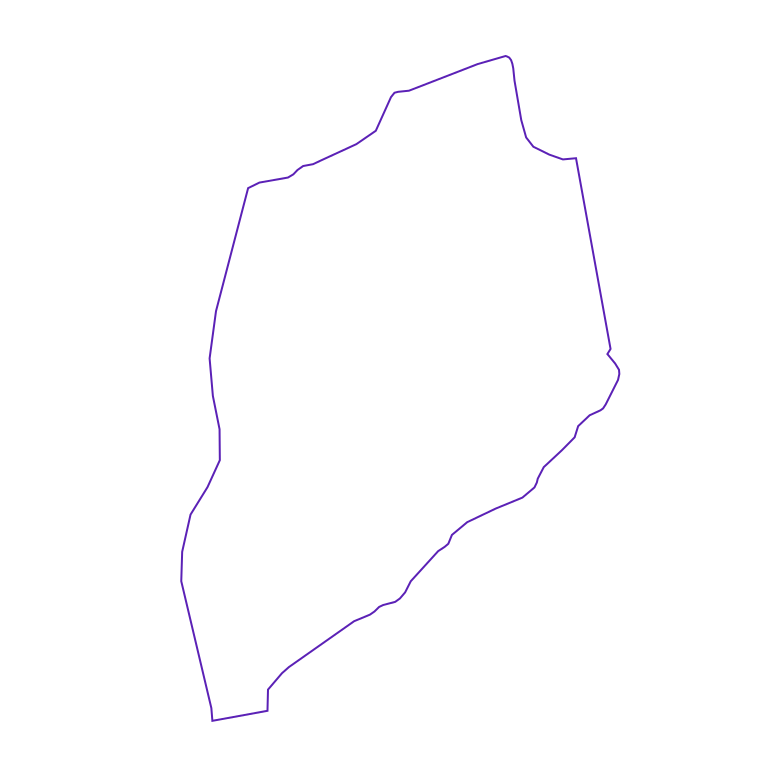 SVG path tracing the border of Zou, rotated 260°
{"feature_id": "BEN-2178", "entity_name": "Zou", "entity_type": "Department", "adm_level": 1, "iso_a3": "BEN", "parent_name": "Benin", "parent_adm1": "", "projection": "mercator", "projection_center": [2.113, 7.272], "detail": "fine", "context": "isolated", "style": "outline", "palette": "violet", "viewbox_px": 768, "rotation_deg": 260, "n_neighbors": 0, "source": "natural_earth", "source_scale": "10m", "svg_char_len": 1098}
<svg xmlns="http://www.w3.org/2000/svg" viewBox="0 0 768 768"><g transform="rotate(260 384 384)"><path d="M82.4,212.5L82.1,156.5L94.8,157.7L225.0,150.1L253.8,156.1L289.0,170.8L313.1,192.3L337.5,209.1L368.0,214.2L402.0,213.4L439.5,216.7L484.9,231.2L600.5,284.2L604.0,296.3L604.0,325.3L606.2,331.1L609.8,336.0L612.7,342.2L612.8,352.3L614.9,360.0L625.0,398.4L634.8,419.9L665.3,440.7L669.0,444.9L669.3,448.6L668.5,459.5L682.8,531.8L685.9,560.7L685.7,561.1L685.2,562.0L683.7,564.0L680.9,565.4L677.1,566.0L672.4,566.1L660.1,565.2L620.1,565.0L602.1,566.8L591.7,572.3L581.2,586.6L574.1,599.2L573.0,612.3L379.2,613.2L374.7,609.2L364.0,615.2L357.2,617.9L353.0,617.5L347.4,615.2L325.4,598.8L321.9,595.5L320.5,592.6L317.5,581.1L308.8,567.9L298.4,562.5L287.9,547.7L274.4,526.9L264.1,519.0L260.4,517.4L256.0,514.2L248.1,500.6L241.9,472.3L233.5,442.0L223.6,424.7L215.5,419.6L213.1,415.5L210.0,408.3L185.1,376.1L175.1,368.6L170.0,362.4L167.5,357.2L166.5,344.9L165.3,340.5L161.6,335.1L159.3,330.1L155.6,313.4L121.8,241.3L116.9,233.3L103.2,216.7L82.4,212.5Z" fill="none" stroke="#5b21b6" stroke-width="2"/></g></svg>